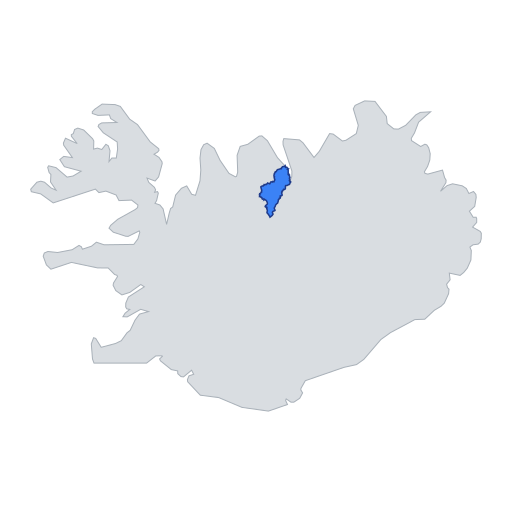 Hörgársveit, Norðurland eystra, Iceland (highlighted)
{"feature_id": "244011B22444435927366", "entity_name": "Hörgársveit", "entity_type": "district", "adm_level": 2, "iso_a3": "ISL", "parent_name": "Iceland", "parent_adm1": "Norðurland eystra", "projection": "orthographic", "projection_center": [-18.391, 65.624], "detail": "fine", "context": "in_parent", "style": "filled", "palette": "blue", "viewbox_px": 512, "rotation_deg": 0, "n_neighbors": 0, "source": "geoboundaries", "source_scale": "gbopen_adm2", "svg_char_len": 8399}
<svg xmlns="http://www.w3.org/2000/svg" viewBox="0 0 512 512"><path d="M393.8,128.9L398.4,129.1L405.7,125.3L415.9,114.8L420.3,112.4L430.6,111.8L418.6,122.2L414.5,132.9L411.3,138.3L411.5,140.6L420.7,146.5L424.9,144.2L426.8,144.9L428.7,147.8L430.2,153.7L429.8,160.0L427.6,166.4L424.4,171.8L425.0,173.4L427.8,174.1L442.5,170.1L444.6,177.6L446.1,180.1L445.9,182.7L440.5,191.3L447.1,185.6L452.6,183.8L462.2,185.8L466.3,188.5L468.9,193.5L473.5,191.5L475.9,194.4L476.2,197.5L474.7,206.4L469.4,211.2L473.2,217.3L476.1,217.2L476.7,218.6L476.7,222.4L472.6,227.1L480.2,231.4L481.3,233.2L481.2,238.8L480.3,242.1L478.2,244.1L473.0,244.8L469.9,247.1L471.3,250.5L470.9,260.0L467.3,268.1L463.7,272.5L460.1,275.4L449.3,273.1L450.1,279.8L446.6,284.2L447.5,287.6L449.0,289.2L448.6,293.7L444.3,303.1L441.0,306.3L434.3,310.3L424.8,319.2L414.8,319.6L390.5,332.6L380.9,339.5L363.8,359.4L356.5,364.6L343.8,367.4L305.3,380.7L301.0,388.3L300.8,389.9L302.6,392.9L299.7,398.3L293.8,402.2L291.0,402.2L286.2,398.9L285.6,400.5L287.5,404.5L268.4,411.1L242.0,407.4L218.8,397.6L200.3,395.2L187.7,381.8L187.4,379.7L189.0,375.8L193.7,374.3L191.6,370.2L183.5,376.9L181.0,376.6L177.8,373.7L177.7,370.9L171.3,369.6L160.4,360.8L159.6,358.9L162.4,356.3L161.9,355.8L155.8,355.9L146.6,363.1L94.0,363.1L92.5,359.0L91.3,343.9L93.6,337.7L95.7,338.4L101.2,347.3L115.5,343.5L121.3,340.7L127.0,332.8L130.2,330.3L135.0,320.2L139.5,314.1L148.5,311.6L140.7,309.3L127.2,316.9L122.9,316.7L125.1,313.2L129.8,309.4L126.8,308.9L125.7,307.0L125.8,303.1L128.4,297.0L144.3,286.8L140.8,284.5L129.8,292.4L121.9,294.9L115.8,290.6L113.1,285.3L113.5,283.0L117.5,276.6L117.0,275.3L114.6,274.5L108.2,268.0L97.5,267.9L71.4,262.4L50.9,269.2L46.4,264.9L43.2,256.2L44.3,253.0L47.9,251.5L57.6,252.5L72.2,249.7L79.0,245.4L81.4,246.8L82.4,249.2L91.5,246.2L96.4,242.2L104.1,244.8L133.8,244.4L137.9,238.9L139.8,232.3L139.2,230.9L128.1,236.4L125.6,236.2L113.3,232.2L109.0,228.2L110.7,225.3L117.7,219.3L135.1,209.6L137.6,207.6L137.9,205.0L131.6,200.1L119.0,200.6L116.1,195.0L105.9,191.1L98.9,192.6L95.4,189.1L53.2,202.9L40.7,193.9L31.3,191.7L30.7,189.2L36.9,182.2L40.8,181.2L44.5,182.2L51.3,188.1L56.1,190.2L50.5,181.9L50.9,174.5L49.1,172.5L47.7,167.4L48.6,165.8L56.0,167.6L67.1,177.1L73.1,176.0L81.1,171.2L64.4,166.7L59.8,159.6L63.7,156.4L72.4,157.6L63.7,145.2L63.4,143.1L65.5,138.2L77.2,143.6L71.4,136.3L71.3,134.7L73.3,133.6L74.6,129.5L77.8,128.1L83.7,130.0L92.6,138.7L93.8,141.0L93.6,149.1L97.4,148.1L101.8,149.5L105.9,144.3L108.3,145.8L110.0,150.8L109.0,161.6L111.9,158.0L116.3,158.0L117.6,149.1L117.2,142.0L103.3,132.8L98.1,126.5L98.9,124.5L101.8,122.9L116.9,122.5L110.7,118.6L109.4,114.9L98.0,115.4L92.3,113.5L92.3,111.7L94.8,109.2L102.1,104.1L115.1,104.6L120.3,106.4L129.7,119.2L137.5,124.6L150.2,141.9L158.7,148.7L159.0,150.4L157.5,152.2L154.0,154.2L159.0,157.4L162.0,161.8L162.2,163.7L158.6,176.9L155.1,181.0L147.0,178.1L148.8,182.4L154.4,187.3L155.6,189.8L154.6,192.3L157.5,191.6L158.3,193.1L156.6,200.6L155.0,203.3L159.9,205.0L163.1,208.9L166.6,224.4L169.3,212.8L170.6,208.5L172.7,207.0L175.6,195.1L181.4,188.3L186.7,185.9L191.7,194.3L195.5,195.3L200.0,180.8L200.8,170.0L200.0,158.1L201.0,149.6L203.7,144.7L207.1,143.2L214.3,148.4L220.1,160.4L229.0,173.4L235.4,176.8L236.5,176.4L237.7,172.2L237.1,155.3L240.2,146.4L247.8,144.3L259.2,136.1L261.9,135.9L267.4,140.7L277.5,157.7L284.7,165.6L288.5,178.1L290.2,180.5L291.8,176.5L291.9,171.0L283.1,144.9L283.0,141.4L283.8,138.6L299.5,139.9L303.0,142.8L314.0,157.5L319.3,151.3L329.6,133.6L333.2,134.1L342.4,141.0L345.9,140.3L356.3,133.6L358.3,125.4L353.3,108.8L355.1,105.4L364.6,100.9L375.0,101.4L386.4,116.4L387.2,123.6L393.8,128.9Z" fill="#d9dde1" stroke="#a8b0b8" stroke-width="1"/><path d="M259.5,196.6L260.2,196.7L260.5,196.7L260.8,196.8L260.9,197.3L261.0,197.4L261.5,197.5L261.8,197.6L262.0,197.9L262.0,198.4L262.0,198.7L262.4,199.1L262.9,199.2L263.7,198.9L264.4,199.2L264.5,199.3L264.5,199.5L264.4,199.5L264.5,199.6L264.4,199.8L264.6,199.7L265.2,199.8L265.8,200.2L266.0,200.3L266.4,200.7L266.6,201.0L266.7,201.3L266.9,201.6L267.3,202.6L267.4,203.5L267.4,203.8L267.3,204.1L267.1,204.3L265.7,205.5L265.4,205.9L265.4,206.1L265.3,206.3L265.3,206.5L265.2,206.6L265.4,206.9L265.5,206.9L265.7,207.0L265.9,207.1L266.4,207.0L266.9,207.3L266.8,207.7L266.7,207.9L266.8,208.0L266.7,208.2L266.8,208.3L266.7,208.4L266.7,208.6L266.8,209.0L267.0,209.3L267.2,209.7L267.3,210.3L267.3,210.7L267.3,210.9L267.2,211.2L267.1,211.9L267.0,212.2L267.0,212.8L267.4,213.2L267.7,213.6L268.0,213.9L268.3,214.3L269.5,216.1L270.0,217.2L271.5,216.0L272.2,215.4L272.5,214.9L273.0,214.3L273.0,214.1L272.9,213.7L272.4,212.7L272.4,212.4L272.4,212.2L272.5,212.0L272.6,211.8L273.1,211.4L273.3,211.2L274.5,210.8L274.7,210.7L275.0,210.5L275.0,210.3L275.0,210.1L274.4,208.8L274.3,208.5L274.3,208.2L274.3,207.8L274.9,206.9L275.3,206.1L275.5,205.3L275.6,205.0L276.0,204.5L276.5,204.0L276.8,203.6L277.4,203.3L277.5,203.2L277.7,202.9L277.8,202.7L277.8,202.2L278.0,201.8L278.2,201.2L278.3,200.7L278.3,200.2L278.3,199.8L278.4,199.7L278.8,199.5L278.8,199.2L279.4,198.7L279.4,198.4L279.4,198.2L279.6,198.1L279.9,198.0L280.2,198.1L280.4,197.7L280.4,197.4L280.2,197.0L280.2,196.6L280.2,196.4L280.2,196.1L280.2,195.9L280.4,195.8L280.9,195.8L281.3,195.9L281.6,195.6L281.9,195.5L282.1,195.3L282.1,194.5L281.9,193.9L281.8,193.7L281.7,192.8L281.7,192.6L281.7,192.4L282.0,192.1L281.8,192.0L281.8,191.9L281.8,191.7L282.1,191.1L282.3,191.0L282.5,190.8L282.8,190.7L283.0,190.4L283.3,189.8L283.5,189.4L283.8,189.6L284.5,189.5L285.2,189.0L285.4,188.6L285.3,188.3L285.3,188.2L285.4,187.8L285.4,187.7L285.4,187.3L285.4,186.8L285.4,186.5L285.5,186.0L285.5,185.9L285.6,185.6L287.1,185.5L287.6,185.2L287.9,185.1L288.6,184.6L289.1,184.6L289.3,184.5L289.5,184.3L289.5,184.1L289.7,183.9L289.8,183.7L289.9,183.4L290.0,183.2L290.0,182.9L290.0,182.7L290.1,182.4L290.1,182.2L290.3,182.1L290.6,182.2L290.7,181.9L290.3,181.7L290.3,181.4L290.2,181.4L290.0,181.2L289.9,181.0L289.8,181.3L289.6,181.0L289.5,180.9L289.4,180.7L289.5,180.6L289.4,180.3L289.6,180.0L289.7,179.9L289.8,179.5L289.8,179.4L289.7,179.4L289.6,179.1L289.6,178.9L289.5,178.6L289.6,178.4L289.4,178.2L289.5,177.9L289.9,177.4L289.7,177.2L289.6,176.9L289.6,176.6L289.7,176.4L289.6,176.2L289.5,175.8L289.6,175.6L289.8,175.7L289.4,175.3L289.3,175.1L289.2,174.9L289.3,174.8L289.2,174.7L289.1,174.8L289.2,175.1L289.2,175.4L289.1,175.2L288.9,175.1L288.6,175.0L288.6,174.8L288.5,174.7L288.5,174.4L288.4,174.3L288.3,174.2L288.1,174.1L288.2,173.7L288.3,173.6L288.8,174.0L288.9,174.3L289.1,174.4L288.8,174.0L288.3,173.6L288.3,173.3L288.3,173.1L288.3,172.9L288.2,172.6L288.2,172.1L288.2,171.9L288.2,171.6L288.2,171.2L288.2,171.3L288.2,171.0L288.3,171.1L288.2,171.0L288.2,170.9L288.2,170.6L288.2,170.4L288.2,170.2L288.1,169.8L287.9,169.3L287.9,169.2L288.0,169.2L287.9,169.2L288.0,169.1L287.9,169.1L288.0,169.0L288.2,168.9L288.1,168.7L287.7,168.3L287.7,168.2L287.2,167.8L286.9,167.5L286.9,167.3L286.8,167.2L286.6,167.2L286.5,167.5L286.2,167.5L285.7,167.5L285.4,167.3L285.4,167.2L285.4,166.9L285.4,166.7L285.2,166.3L285.3,166.1L285.3,165.9L285.2,165.7L285.1,165.9L284.9,166.1L284.1,166.4L282.5,166.7L281.4,168.0L281.5,168.3L281.4,168.7L281.2,168.8L280.5,168.7L280.2,168.9L279.7,169.0L279.0,169.3L278.1,169.4L277.9,169.5L277.7,169.7L277.4,169.8L277.2,169.9L276.9,170.3L276.2,171.6L275.4,171.7L275.4,171.8L275.4,172.0L275.2,172.2L275.2,172.4L275.2,172.5L274.7,172.9L274.6,173.2L274.4,173.4L274.3,173.5L274.4,174.1L274.2,174.5L274.0,174.8L274.0,175.3L273.9,175.9L274.0,176.2L274.1,176.3L274.3,176.5L274.5,176.8L274.1,177.2L274.3,177.8L274.3,178.0L274.5,178.4L274.4,178.6L274.4,178.9L274.8,179.6L274.9,179.8L274.5,180.5L274.2,180.9L274.1,181.4L274.0,181.8L273.8,181.8L273.4,181.8L272.7,181.5L272.6,181.8L272.3,182.1L271.7,181.8L271.1,182.0L270.8,182.0L270.7,182.0L270.3,182.9L269.8,183.8L269.4,183.8L269.3,183.7L269.2,183.5L268.2,183.3L267.6,183.0L267.2,183.7L267.0,183.9L266.6,184.1L266.3,184.1L266.2,184.4L266.1,184.6L265.6,184.6L265.1,184.5L264.7,184.7L264.2,184.6L264.2,184.8L264.1,185.1L264.0,185.3L263.7,185.3L263.4,185.4L263.2,185.7L263.2,185.9L262.3,186.0L261.9,186.1L261.0,186.6L260.9,186.8L260.8,187.0L261.1,187.9L261.2,188.6L261.3,189.0L261.4,189.3L261.5,189.5L261.7,189.9L261.7,190.5L261.7,190.8L261.4,191.2L261.4,191.3L261.4,191.5L261.6,191.8L261.6,192.1L261.4,192.2L260.0,193.7L259.8,193.7L260.0,194.3L260.0,194.5L259.8,194.7L259.4,194.9L259.6,195.4L259.7,195.5L259.5,196.6Z" fill="#3b82f6" stroke="#1e3a8a" stroke-width="1.5"/></svg>